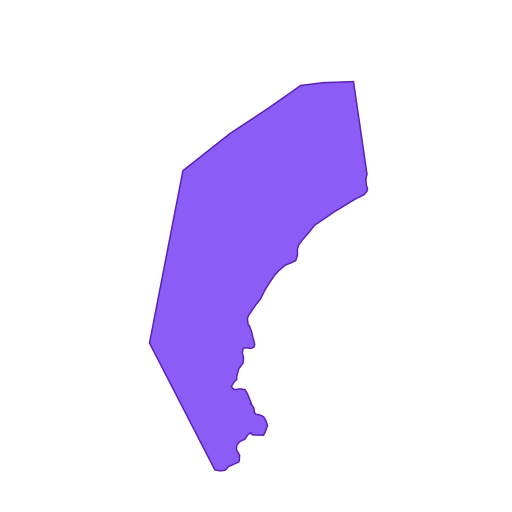 Trou Florent/Marc, Castries, Saint Lucia (Equal Earth projection), rotated 215°
{"feature_id": "8701671B51264810574376", "entity_name": "Trou Florent/Marc", "entity_type": "district", "adm_level": 2, "iso_a3": "LCA", "parent_name": "Saint Lucia", "parent_adm1": "Castries", "projection": "equal_earth", "projection_center": [-60.957, 13.946], "detail": "fine", "context": "isolated", "style": "filled", "palette": "violet", "viewbox_px": 512, "rotation_deg": 215, "n_neighbors": 0, "source": "geoboundaries", "source_scale": "gbopen_adm2", "svg_char_len": 1371}
<svg xmlns="http://www.w3.org/2000/svg" viewBox="0 0 512 512"><g transform="rotate(215 256 256)"><path d="M364.8,284.0L293.3,123.6L167.0,57.2L161.9,59.6L158.4,62.8L157.7,67.9L154.8,72.6L152.0,77.4L152.4,78.9L155.1,83.3L161.2,86.3L163.2,90.1L163.0,94.3L160.1,99.6L160.1,105.3L158.6,108.3L156.4,107.4L147.2,113.4L147.5,113.6L147.2,114.6L147.4,116.8L148.1,119.2L149.3,123.7L153.4,126.8L157.3,128.6L160.7,128.3L162.6,127.5L165.6,126.3L167.7,127.1L170.2,129.9L170.5,130.2L172.7,131.1L176.4,131.9L175.0,132.3L176.5,133.3L179.5,135.3L184.3,138.4L188.4,140.3L192.9,138.0L195.1,135.8L197.5,134.0L201.3,134.8L201.7,140.7L200.9,143.7L202.6,146.1L205.4,153.8L205.2,160.8L208.1,165.9L211.7,168.9L213.4,172.4L212.9,173.9L210.3,175.9L207.2,177.3L205.5,180.0L206.1,182.5L208.8,185.1L211.3,187.0L215.6,190.9L220.5,194.5L223.6,195.8L227.2,199.9L228.0,203.1L228.1,211.0L228.1,216.1L227.7,223.4L228.5,229.0L229.1,232.9L229.6,241.8L229.7,251.4L228.9,257.0L226.9,265.1L223.4,270.4L220.8,275.1L222.6,280.6L225.9,285.1L227.4,289.3L227.2,296.1L226.2,306.0L225.6,315.1L223.3,320.9L220.0,329.6L217.4,336.8L213.5,345.5L209.9,353.9L207.2,359.9L202.6,368.4L202.3,372.7L203.1,374.9L206.9,377.9L210.1,382.0L212.0,386.7L276.2,454.8L280.1,451.8L300.3,436.6L317.3,421.2L317.6,420.3L319.0,416.3L330.6,384.4L338.3,364.8L347.5,341.6L364.8,284.0Z" fill="#8b5cf6" stroke="#5b21b6" stroke-width="1.5"/></g></svg>